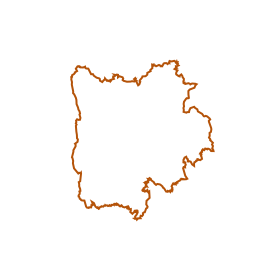 Katha, Sagaing, Myanmar, rotated 323°
{"feature_id": "60261553B54197947879165", "entity_name": "Katha", "entity_type": "district", "adm_level": 2, "iso_a3": "MMR", "parent_name": "Myanmar", "parent_adm1": "Sagaing", "projection": "albers", "projection_center": [95.892, 24.22], "detail": "fine", "context": "isolated", "style": "outline", "palette": "amber", "viewbox_px": 256, "rotation_deg": 323, "n_neighbors": 0, "source": "geoboundaries", "source_scale": "gbopen_adm2", "svg_char_len": 5873}
<svg xmlns="http://www.w3.org/2000/svg" viewBox="0 0 256 256"><g transform="rotate(323 128 128)"><path d="M197.7,99.3L196.0,98.1L195.1,98.0L194.0,98.7L193.1,98.7L192.5,99.3L191.2,98.3L191.4,97.7L190.7,96.3L187.6,95.6L187.3,94.3L186.2,93.8L186.8,92.7L186.4,92.5L186.0,93.4L185.4,93.0L185.2,92.3L183.5,94.8L180.6,95.2L180.3,96.2L176.6,95.6L175.5,97.0L173.7,97.2L173.0,97.1L170.6,95.5L169.6,96.2L165.9,97.1L165.1,98.2L165.4,98.6L163.3,100.0L161.8,100.0L162.6,95.9L163.3,95.6L163.0,94.6L163.7,92.5L162.3,92.6L162.5,93.6L163.0,93.7L161.1,94.7L159.3,93.0L158.0,92.5L155.0,90.4L152.9,87.7L152.6,86.4L153.9,85.7L154.2,84.3L152.3,81.5L150.5,81.5L152.0,79.5L151.2,78.6L150.4,78.6L149.3,77.4L149.5,78.5L148.2,78.6L147.3,77.9L146.6,78.4L146.3,80.3L143.9,79.4L142.9,79.9L142.7,79.3L141.7,80.0L141.5,78.8L140.5,78.6L140.4,77.7L139.6,77.6L139.5,74.5L138.5,75.4L137.4,75.2L135.1,75.8L134.1,73.4L135.0,71.8L134.9,71.1L133.2,68.9L132.2,65.7L132.4,63.9L130.9,62.8L132.0,56.7L130.4,55.3L130.1,54.1L130.6,53.2L128.7,52.7L126.6,51.1L126.0,50.3L126.5,49.9L126.1,49.1L124.8,48.4L122.0,49.3L121.6,51.9L119.0,51.6L118.7,52.1L117.3,52.4L115.1,52.2L114.1,53.5L113.3,53.2L112.6,54.5L112.0,55.0L110.9,57.6L109.2,59.6L106.3,65.7L105.1,67.2L105.3,68.7L104.5,72.6L103.7,74.5L101.3,78.0L100.4,81.6L99.5,83.5L99.3,85.5L98.4,87.6L97.4,88.0L96.1,91.3L94.6,92.5L93.2,91.6L92.6,90.4L90.9,90.9L90.3,92.2L89.1,92.9L89.0,94.3L87.7,94.9L84.6,99.8L83.0,102.8L81.1,105.5L81.1,106.9L79.8,108.3L79.3,108.7L76.2,108.7L76.2,109.7L75.1,111.1L71.0,112.9L70.1,114.1L65.6,117.7L65.6,118.5L64.4,121.3L62.8,123.0L60.6,127.8L60.9,134.4L62.0,134.3L62.8,135.6L63.5,135.4L63.1,136.1L57.7,141.8L56.1,141.6L55.3,143.4L53.9,145.2L53.1,147.9L52.1,149.6L51.0,149.4L50.6,150.6L49.6,151.6L48.0,152.1L47.3,153.0L47.6,153.6L46.9,155.5L47.3,156.2L47.2,157.2L47.6,158.1L49.5,159.7L47.3,165.5L47.3,166.8L48.5,168.2L49.2,167.9L50.8,169.2L52.3,167.7L52.6,168.2L53.3,168.3L53.2,168.0L54.5,166.5L54.8,165.3L55.6,167.5L54.7,171.1L55.2,173.1L55.7,173.1L55.4,173.5L55.6,173.8L55.9,173.6L56.3,174.4L56.1,174.9L56.5,175.0L56.9,174.4L58.8,174.4L59.4,174.9L59.9,174.7L60.9,175.9L62.4,175.7L63.0,176.3L63.4,176.0L63.5,176.5L64.7,177.1L65.0,178.2L65.7,178.3L65.9,178.8L66.9,178.6L67.4,180.0L68.9,179.8L69.3,180.6L69.3,180.0L70.0,180.5L70.7,180.4L70.7,181.0L71.4,180.6L71.9,181.7L72.4,181.2L72.9,181.9L73.5,181.6L73.8,182.3L73.0,182.8L74.2,183.6L74.2,185.4L74.9,186.1L75.6,185.7L76.3,185.8L76.4,187.9L77.4,189.3L81.0,190.6L80.9,191.3L79.0,191.7L79.0,192.0L80.5,192.6L80.0,193.7L81.5,194.4L80.5,195.7L79.3,196.4L79.9,199.2L81.8,198.8L83.9,200.0L84.5,199.7L84.3,199.1L82.9,199.0L82.9,198.6L83.5,198.1L85.6,199.3L85.8,199.7L85.0,201.2L82.7,202.4L80.4,203.0L79.5,204.6L78.7,204.2L78.9,204.8L80.5,205.6L80.1,206.5L81.8,206.3L83.7,207.6L83.8,206.9L85.1,205.8L85.4,205.7L86.2,206.8L87.8,206.4L88.6,205.0L89.7,204.9L90.7,205.4L94.0,203.2L95.4,203.3L96.3,202.6L96.6,200.0L99.0,197.3L103.2,196.8L105.8,192.9L105.4,193.1L105.5,192.5L106.2,191.4L105.5,191.4L105.5,191.0L106.0,189.5L105.4,189.7L105.4,189.1L104.6,188.8L104.1,189.3L103.0,188.8L102.7,187.7L102.0,187.2L101.9,186.6L102.5,186.1L103.6,186.6L103.7,185.8L104.2,185.5L105.8,185.7L106.7,185.3L107.7,186.1L107.6,185.4L108.0,185.5L108.1,184.8L107.5,184.9L108.3,183.7L108.6,184.3L108.5,182.8L109.3,183.0L108.8,182.0L109.4,182.2L109.4,181.7L110.0,181.8L110.1,183.0L110.6,182.6L111.5,183.3L111.9,182.5L112.7,182.4L112.2,182.0L113.4,181.3L113.4,180.9L113.8,181.3L115.0,180.9L115.6,182.3L115.1,183.6L116.1,187.2L115.7,188.0L116.2,190.3L117.7,190.3L119.5,192.2L119.9,193.3L120.4,195.6L120.0,196.5L120.5,197.9L120.2,201.7L121.2,202.7L121.9,202.2L122.6,203.3L123.3,203.2L123.4,204.5L124.3,203.9L124.6,204.3L124.7,203.8L125.3,203.5L125.9,204.5L126.5,204.0L126.6,203.0L127.4,202.7L127.7,200.8L130.3,199.6L130.4,200.0L131.0,199.9L130.8,200.5L131.4,201.1L132.1,201.0L132.3,201.6L133.0,200.7L133.6,201.4L134.2,200.8L134.7,201.3L135.1,200.7L138.2,201.2L139.2,200.6L139.9,201.1L140.2,200.8L141.1,201.7L140.8,201.9L143.5,203.9L144.8,204.2L145.0,200.6L147.8,193.3L148.9,192.7L149.9,193.8L150.5,192.8L152.0,192.1L152.5,190.3L153.0,190.0L152.8,189.5L151.6,188.9L151.7,188.5L152.5,187.9L152.9,187.0L155.4,185.7L157.2,186.0L156.6,188.0L157.0,189.0L155.7,190.6L155.8,191.0L156.8,191.2L157.8,192.6L157.3,195.7L158.0,198.0L159.1,196.4L160.5,195.3L161.2,195.6L162.6,195.2L162.8,195.6L163.7,195.5L164.6,194.6L165.1,194.9L164.9,195.8L165.7,196.2L166.3,197.1L168.5,197.2L169.4,195.2L169.5,194.0L170.6,193.6L170.7,193.1L170.0,191.9L171.4,191.3L172.1,191.9L172.8,191.7L173.6,190.4L174.9,190.1L175.1,191.0L175.7,191.0L175.8,191.5L177.3,190.9L178.4,192.6L178.8,192.3L179.7,192.9L180.5,194.4L180.5,196.4L182.4,197.9L182.8,197.0L182.6,196.7L183.0,196.0L182.8,195.2L185.0,193.5L185.1,191.8L186.9,190.9L186.3,187.1L186.9,186.7L187.0,186.0L186.9,184.4L188.5,183.5L190.2,181.0L191.9,181.0L193.7,179.3L194.4,178.1L196.4,171.7L196.9,170.9L198.8,170.6L198.9,169.5L198.2,166.4L197.4,165.1L196.2,164.8L195.6,164.2L195.7,161.3L193.8,156.8L194.6,154.8L193.7,152.5L193.6,150.9L189.8,149.7L187.5,150.9L186.3,152.0L184.7,150.9L183.9,150.9L182.1,148.6L183.5,147.1L184.3,145.4L185.8,144.4L186.9,142.3L188.6,140.7L192.1,139.6L193.0,139.6L193.7,140.4L194.7,140.6L196.5,137.5L198.5,134.8L200.4,134.4L205.3,135.8L207.5,134.5L209.1,134.3L208.4,133.2L205.9,131.0L204.1,130.7L204.2,130.2L203.2,128.6L200.3,127.3L200.5,126.1L199.7,126.1L199.4,125.5L200.4,123.9L201.2,123.6L202.2,122.4L202.2,120.2L202.7,119.2L202.8,117.3L200.9,117.3L200.3,117.9L199.7,117.1L198.8,114.2L199.3,113.3L200.3,112.5L202.2,111.8L200.7,108.9L202.0,108.8L203.0,109.3L202.9,108.3L203.3,107.7L203.6,108.2L204.5,108.0L206.0,108.4L205.7,106.9L206.7,106.4L206.3,105.5L206.9,105.2L206.5,105.0L206.7,104.5L205.6,105.1L205.5,104.4L206.0,103.9L205.4,102.2L203.3,101.3L201.9,100.3L201.7,99.6L201.1,99.6L200.1,101.1L199.8,100.5L198.1,100.8L197.7,99.3Z" fill="none" stroke="#b45309" stroke-width="2"/></g></svg>